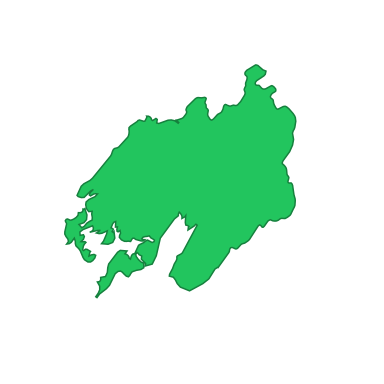 Mayo, Natural Earth projection, rotated 306°
{"feature_id": "IRL-714", "entity_name": "Mayo", "entity_type": "County", "adm_level": 1, "iso_a3": "IRL", "parent_name": "Ireland", "parent_adm1": "", "projection": "natural_earth1", "projection_center": [-9.466, 53.907], "detail": "fine", "context": "isolated", "style": "filled", "palette": "green", "viewbox_px": 384, "rotation_deg": 306, "n_neighbors": 0, "source": "natural_earth", "source_scale": "10m", "svg_char_len": 6085}
<svg xmlns="http://www.w3.org/2000/svg" viewBox="0 0 384 384"><g transform="rotate(306 192 192)"><path d="M146.2,257.5L146.2,257.1L143.3,255.9L131.6,256.7L124.2,254.6L110.6,248.1L108.2,238.5L109.2,233.9L111.1,230.3L112.1,227.0L110.6,223.1L112.3,222.2L118.6,221.3L123.2,220.0L127.2,219.6L129.0,219.1L130.7,217.8L131.7,217.7L135.1,219.4L137.0,220.0L168.2,215.7L168.2,214.1L165.6,213.7L158.9,211.1L161.3,209.8L162.3,209.7L162.3,208.2L161.6,206.4L163.4,204.5L169.2,200.8L167.8,200.8L164.7,199.4L166.1,198.5L167.1,197.2L167.8,195.5L168.2,193.5L166.3,193.9L164.7,194.9L159.9,193.6L136.0,193.5L119.4,200.6L110.3,202.2L104.8,197.8L106.9,196.5L107.9,190.5L110.7,188.9L110.3,186.9L110.2,186.0L110.7,184.5L110.7,183.2L109.5,183.2L109.5,181.7L117.5,180.1L119.0,180.7L122.7,182.7L125.0,183.2L127.0,184.3L127.7,189.4L129.6,190.5L131.0,189.9L131.0,188.1L130.7,185.7L131.4,183.2L129.8,181.9L128.4,180.3L126.8,179.0L124.5,178.8L124.5,180.1L125.6,181.7L123.6,181.2L122.5,179.6L120.5,174.3L120.6,172.3L119.8,171.3L118.8,171.1L115.9,171.4L115.4,170.6L114.8,169.3L113.6,168.1L112.4,166.3L111.8,163.1L112.6,159.9L114.4,158.9L116.7,158.4L118.6,156.4L116.3,155.6L116.2,154.4L117.7,153.1L119.9,152.2L118.6,150.7L123.3,147.6L121.7,146.6L119.8,146.5L115.4,147.6L115.8,149.4L115.6,150.2L114.7,150.5L113.0,150.7L113.0,152.2L114.1,152.2L109.3,156.7L104.6,157.5L100.4,154.8L97.0,149.2L100.2,149.3L107.8,147.6L110.8,146.3L105.7,143.4L103.7,141.3L102.7,138.8L103.8,139.3L106.1,139.9L107.2,140.4L105.1,137.9L99.3,132.9L101.6,134.1L103.5,134.2L105.1,133.2L106.2,131.4L97.5,125.9L93.7,124.8L91.2,127.0L93.6,129.3L92.7,131.1L89.8,132.0L86.6,131.4L88.1,133.7L88.9,134.4L88.9,135.8L86.5,135.6L84.5,135.9L80.9,137.5L80.9,138.8L83.1,139.4L83.9,140.7L84.3,144.8L82.9,144.9L79.6,146.3L81.8,147.4L83.9,149.4L84.2,151.3L81.4,152.2L78.2,152.0L75.8,151.1L74.2,148.9L74.0,144.8L75.0,142.3L78.8,136.1L79.6,133.7L80.2,129.8L81.6,128.0L83.5,126.6L85.5,123.9L80.3,123.9L78.1,123.1L76.2,121.2L79.4,121.1L81.0,119.2L81.9,116.3L83.2,113.8L85.1,112.5L92.5,109.3L93.2,108.4L93.6,107.3L94.3,106.4L95.9,106.3L96.9,107.0L97.3,108.3L97.5,109.7L98.1,110.7L100.3,112.1L103.2,113.2L106.1,113.5L108.5,112.2L109.7,113.9L111.1,114.8L112.6,114.8L114.2,113.8L114.5,114.5L114.5,114.8L114.7,115.0L115.5,115.1L111.7,120.5L107.7,122.9L103.6,122.6L99.3,119.6L98.3,123.8L100.9,125.0L104.8,125.2L107.9,126.3L110.6,127.7L112.9,126.2L115.2,123.8L117.7,122.6L115.4,120.0L116.5,116.5L119.2,113.5L121.7,112.2L125.4,113.0L131.2,116.3L134.9,116.7L133.9,114.9L132.6,113.7L129.2,112.2L129.2,110.7L130.8,110.2L132.4,110.1L136.1,110.7L133.0,109.3L124.2,107.9L122.4,105.7L121.4,102.6L121.7,101.0L131.5,99.0L135.1,99.7L141.4,102.7L144.7,103.4L173.4,105.0L175.3,104.7L178.4,103.7L180.3,103.4L181.7,103.8L184.0,105.7L185.4,106.3L198.7,107.8L200.3,107.5L202.4,106.6L204.3,105.4L205.5,104.2L207.1,103.2L209.2,103.5L216.7,106.2L218.1,106.3L219.4,107.2L220.8,111.3L221.6,112.2L224.6,111.8L226.3,111.4L226.7,110.7L227.8,112.4L228.0,114.2L227.6,115.7L226.7,116.7L226.7,118.2L230.3,119.6L230.3,121.2L227.1,122.9L227.9,124.9L236.0,130.4L238.1,132.9L239.5,136.2L239.5,140.4L240.5,140.4L240.7,136.2L241.1,137.4L245.3,140.4L246.2,140.9L247.4,141.2L251.0,141.3L252.3,141.2L253.2,140.9L253.9,140.4L254.7,139.1L255.4,138.6L257.4,138.1L258.4,138.0L269.5,139.9L270.9,140.5L271.9,141.3L273.8,144.4L276.0,146.6L276.3,147.6L276.1,148.4L275.4,148.8L272.6,149.6L271.9,150.0L271.4,150.6L270.8,152.1L268.8,153.7L268.4,154.3L268.2,155.9L267.9,156.7L267.4,157.3L264.3,158.8L263.3,159.7L262.7,160.7L261.5,163.8L261.5,165.4L262.5,166.1L264.1,166.5L269.8,167.1L272.9,168.6L274.1,168.9L277.1,168.4L279.8,167.3L280.8,167.1L281.8,167.2L282.5,167.6L282.8,168.6L282.9,169.5L283.7,172.2L284.1,172.6L286.6,174.4L287.7,176.7L289.1,177.7L293.8,178.2L301.1,177.6L302.7,177.2L304.0,176.2L305.3,174.2L306.2,173.7L307.5,173.4L309.4,173.1L311.1,171.7L311.8,171.3L315.3,170.3L316.8,169.5L317.4,168.9L317.8,168.2L318.0,166.5L318.3,165.8L318.8,165.3L319.6,164.8L320.5,164.6L322.8,164.8L332.1,168.7L332.7,169.6L333.1,171.0L332.5,177.5L333.3,180.8L330.3,182.1L328.2,181.9L320.1,178.9L318.3,178.8L317.1,179.2L316.4,180.1L316.2,180.9L316.4,181.7L317.4,183.0L317.7,183.7L316.9,187.4L317.0,188.3L317.2,189.1L317.6,189.8L318.7,190.9L324.4,193.6L325.0,194.1L325.2,195.2L325.2,196.6L324.6,199.0L323.8,199.9L322.8,200.4L321.9,200.2L319.3,199.1L318.2,198.9L317.0,198.9L315.5,199.2L314.8,199.8L314.4,200.6L314.4,202.4L314.1,203.6L311.8,205.9L310.8,207.4L309.4,210.3L309.1,211.7L309.4,212.8L314.8,215.6L315.9,216.7L316.3,217.4L316.5,219.1L316.3,221.6L314.9,227.6L314.0,230.1L313.0,231.8L310.2,234.4L304.9,237.1L303.1,237.7L301.1,237.9L298.7,238.7L294.2,243.3L289.0,245.8L282.0,247.3L270.8,247.3L269.0,247.7L268.0,248.4L267.7,251.1L267.5,252.0L267.0,253.5L266.4,254.5L265.4,255.6L262.2,258.4L261.6,259.4L261.4,260.4L260.8,261.7L259.6,262.4L257.8,263.0L256.8,263.5L256.2,264.2L256.2,264.9L256.6,265.6L257.6,266.9L257.4,268.0L256.5,269.5L249.8,276.0L247.1,279.4L245.7,280.6L241.7,283.1L240.1,283.6L237.4,284.0L232.0,285.0L230.7,285.0L227.8,284.1L225.4,283.0L224.9,282.4L223.7,280.5L223.1,279.7L222.4,279.2L219.9,278.4L218.4,277.5L217.3,276.3L216.6,275.1L216.1,274.1L215.6,271.7L214.7,271.1L213.1,270.5L206.9,270.6L205.4,270.3L204.9,269.7L204.8,269.1L205.3,267.5L205.3,266.7L205.1,266.0L203.4,265.5L187.3,266.4L185.2,266.0L181.7,264.7L179.9,263.3L178.9,262.7L178.2,262.5L173.5,262.0L172.6,261.7L171.9,261.2L171.5,260.6L171.0,257.9L170.6,256.9L169.6,256.0L168.6,256.0L167.5,256.3L166.0,257.1L164.7,257.4L146.2,257.5ZM101.5,181.7L103.5,180.9L105.4,180.4L107.0,180.6L108.4,181.7L108.3,183.2L107.0,184.9L105.9,188.2L105.4,192.0L106.0,194.9L102.4,197.5L99.2,196.2L96.0,193.1L92.3,190.5L90.1,190.4L87.8,190.7L86.0,190.4L85.3,188.3L85.7,185.1L86.2,182.6L86.0,180.6L84.2,178.8L80.7,177.9L68.0,180.1L63.4,179.6L55.2,177.2L50.7,177.2L50.7,175.7L55.1,175.6L58.7,174.8L61.6,172.6L63.6,168.3L64.9,169.6L66.3,170.0L67.7,169.5L69.2,168.3L72.8,171.7L77.1,170.8L81.3,168.3L84.8,166.9L99.5,167.2L102.6,168.3L106.1,174.1L102.6,174.1L103.1,175.8L103.0,177.5L102.5,179.0L101.5,180.1L101.5,181.7Z" fill="#22c55e" stroke="#15803d" stroke-width="1.5"/></g></svg>